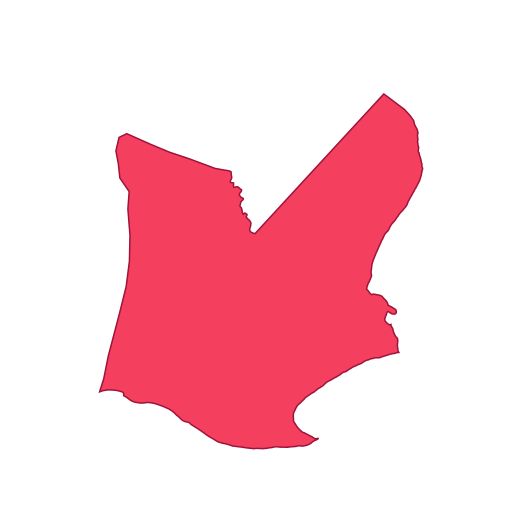 the district of Shambuko, Gash Barka, Eritrea, rotated 195°
{"feature_id": "51966322B24942230220374", "entity_name": "Shambuko", "entity_type": "district", "adm_level": 2, "iso_a3": "ERI", "parent_name": "Eritrea", "parent_adm1": "Gash Barka", "projection": "mercator", "projection_center": [37.812, 14.923], "detail": "fine", "context": "isolated", "style": "filled", "palette": "rose", "viewbox_px": 512, "rotation_deg": 195, "n_neighbors": 0, "source": "geoboundaries", "source_scale": "gbopen_adm2", "svg_char_len": 6013}
<svg xmlns="http://www.w3.org/2000/svg" viewBox="0 0 512 512"><g transform="rotate(195 256 256)"><path d="M93.0,199.8L93.3,200.2L93.9,200.7L94.4,201.3L94.8,202.6L96.1,205.6L96.4,206.5L97.1,210.8L98.0,213.0L99.2,213.9L99.8,214.0L100.4,214.5L100.7,214.9L101.6,215.9L102.4,216.8L104.1,219.1L104.8,220.8L105.4,221.6L106.6,222.5L106.8,222.9L107.4,223.5L107.9,224.4L107.9,224.8L108.8,224.4L109.2,224.1L109.9,224.2L110.4,224.3L111.9,225.0L114.5,226.6L114.7,226.8L115.1,227.7L115.2,228.6L115.4,229.0L115.2,230.1L115.3,231.3L114.9,232.8L114.9,233.3L115.0,234.2L114.9,234.6L114.8,235.5L114.5,236.2L114.3,236.5L113.7,236.5L112.8,236.3L111.5,235.7L110.0,235.4L109.6,235.3L108.4,235.5L107.3,235.7L106.5,236.1L106.0,236.9L105.9,237.3L106.1,238.7L106.6,239.8L107.0,240.2L107.8,240.6L108.8,240.9L109.5,241.1L111.9,241.9L114.0,242.2L114.9,242.5L115.6,242.5L115.7,243.0L117.8,245.7L118.5,246.2L119.7,247.0L121.1,247.8L123.8,249.6L124.3,249.8L125.7,250.1L131.1,249.8L131.7,249.7L132.7,249.6L133.4,249.3L133.7,249.0L134.0,248.6L135.4,249.0L136.0,249.3L136.7,249.9L137.2,250.1L137.9,250.9L140.7,252.7L140.6,253.8L140.8,254.5L140.8,255.0L140.6,256.7L140.8,257.4L140.5,258.1L140.5,259.0L140.1,259.8L140.0,260.5L139.5,263.6L139.4,265.4L139.2,266.8L140.6,269.7L141.0,271.8L141.1,273.4L141.3,274.6L141.7,276.6L141.8,279.4L141.7,282.0L140.7,290.3L140.4,291.9L139.5,297.9L138.9,301.3L138.7,303.1L138.5,303.9L138.2,304.8L137.4,309.7L136.8,311.4L135.1,314.4L134.6,315.9L134.3,317.9L133.6,320.8L133.2,321.9L132.3,323.8L131.6,325.0L130.8,326.8L129.7,330.2L129.0,331.5L128.6,333.3L127.2,336.2L126.4,337.5L125.6,339.2L123.9,342.9L123.5,344.2L123.3,345.7L123.1,348.2L122.5,350.1L122.4,350.9L121.3,355.1L120.8,357.3L120.2,359.3L119.7,361.9L119.3,362.9L117.5,371.1L117.4,373.3L117.3,376.9L117.5,378.8L117.6,380.4L117.5,380.9L117.6,381.6L117.6,382.9L117.7,383.6L118.0,384.2L118.4,384.8L118.8,385.3L119.3,386.7L119.6,388.0L120.0,388.6L120.5,389.1L120.7,389.7L120.9,390.3L121.3,390.8L121.5,391.5L122.1,392.6L122.7,393.3L122.8,393.7L124.0,395.4L124.3,396.0L124.7,396.7L125.3,398.0L125.8,398.3L126.2,398.8L126.5,399.4L126.8,401.8L127.0,403.1L127.4,403.7L128.6,405.8L128.7,406.4L129.0,407.2L129.5,407.5L129.5,408.2L129.7,409.1L129.6,409.8L129.7,410.4L130.1,411.0L130.7,412.9L131.0,413.5L131.2,414.1L131.4,415.5L131.6,416.2L131.3,416.4L132.1,418.3L133.2,420.0L133.9,420.8L134.1,421.0L135.5,422.5L136.9,424.1L137.5,424.9L137.5,425.3L138.8,427.6L143.4,431.4L150.2,435.8L164.5,441.6L174.5,445.6L262.7,277.4L264.9,277.4L265.4,277.4L267.0,277.8L267.7,278.1L268.5,278.9L268.8,279.5L269.0,280.3L269.1,281.2L269.0,283.4L269.2,285.5L269.4,286.2L269.8,287.1L270.2,287.6L270.8,288.1L271.8,288.9L273.2,289.5L274.2,290.3L275.3,290.6L275.5,291.0L275.5,292.1L275.3,293.1L275.5,293.8L275.8,294.1L276.7,294.4L277.6,294.6L278.2,294.5L278.4,294.1L278.7,293.3L279.0,293.0L279.4,293.1L279.8,293.5L280.7,295.2L282.1,298.0L282.7,298.7L283.1,299.1L284.0,299.6L284.5,300.1L284.6,300.6L284.5,301.5L284.6,304.0L284.4,304.6L284.2,305.3L283.2,306.8L283.1,307.2L283.0,307.5L283.0,307.9L283.2,308.3L283.7,308.5L285.1,308.7L285.9,309.0L286.5,309.4L287.5,310.3L287.8,310.5L288.0,311.2L288.0,312.2L287.4,313.5L287.0,314.6L286.9,315.5L286.9,315.9L287.3,316.4L288.3,316.6L288.8,316.8L291.1,318.0L291.6,318.1L292.0,318.0L292.7,317.8L294.9,316.7L295.3,316.9L295.6,317.2L295.9,317.9L296.1,319.1L296.3,319.6L296.4,320.0L296.5,320.7L297.0,320.8L298.3,320.6L299.3,320.4L300.0,320.8L300.2,321.6L299.7,324.6L299.7,325.5L299.9,326.0L300.9,328.1L301.9,330.9L303.7,331.3L310.2,330.7L318.2,330.0L345.4,332.6L366.7,333.9L386.6,336.6L412.5,340.7L419.0,335.1L418.5,321.2L412.9,309.6L407.7,296.1L395.2,285.4L391.9,268.2L383.0,243.1L376.9,218.0L373.5,192.9L373.0,164.9L372.8,121.6L371.3,97.8L371.9,85.1L371.9,84.3L369.3,86.1L367.5,87.0L364.7,88.2L362.6,88.8L359.2,89.6L357.3,89.9L355.2,90.1L353.2,90.2L349.7,90.0L349.0,89.8L348.6,89.4L348.3,88.8L348.0,87.9L347.5,86.7L346.5,86.6L344.2,85.9L340.0,84.2L337.6,83.7L336.0,83.5L334.5,83.5L331.7,83.8L330.2,84.0L328.1,84.4L326.1,85.1L323.8,86.1L322.6,86.5L319.0,87.1L316.8,87.3L315.1,87.3L309.9,87.0L305.4,86.5L303.0,86.1L300.5,85.7L296.8,84.5L294.4,83.4L293.1,82.6L291.7,81.8L289.8,81.0L288.1,80.1L286.0,78.9L284.1,78.1L281.5,77.7L280.7,77.7L279.2,77.9L278.4,77.9L277.3,77.7L276.7,77.4L275.4,76.6L273.3,75.9L269.8,74.8L268.3,74.4L265.1,73.3L259.1,71.1L257.2,70.3L255.3,69.7L253.7,69.2L249.8,68.2L248.0,67.6L246.1,67.1L244.9,66.7L243.2,66.6L240.9,66.5L236.7,66.7L233.6,66.7L231.3,66.6L229.9,66.4L228.4,66.5L227.3,66.8L225.5,66.9L221.3,67.6L214.9,68.3L211.3,68.9L209.4,69.1L207.9,69.4L206.2,70.2L204.5,70.6L202.6,71.0L199.2,71.8L195.7,73.1L193.3,74.3L191.5,74.9L190.3,75.5L189.4,76.0L188.0,76.7L186.4,77.1L184.1,77.5L182.4,77.8L180.0,78.5L178.1,78.9L176.6,79.3L175.8,79.5L174.3,80.2L170.4,81.6L168.6,82.2L167.8,82.5L167.2,83.0L166.9,83.2L166.0,83.6L164.3,84.0L162.5,84.3L161.4,84.6L158.9,85.8L157.9,86.4L156.8,87.2L155.3,88.5L154.1,89.9L153.3,91.2L152.1,92.4L151.7,92.9L150.2,93.9L149.7,94.5L148.9,95.4L148.2,96.0L149.1,95.8L150.2,95.2L152.0,94.8L152.5,95.0L154.1,95.5L155.2,95.9L158.8,96.6L160.1,97.0L161.3,97.1L163.4,97.7L164.5,97.7L165.5,97.9L166.5,98.3L167.6,98.9L169.3,99.7L170.9,100.8L172.9,102.3L174.4,103.8L176.4,105.5L176.9,106.2L177.5,107.9L178.7,111.6L179.0,113.4L178.9,115.5L178.3,117.8L178.2,119.0L177.4,122.0L176.8,123.2L175.1,125.7L174.3,127.2L172.5,130.0L172.0,131.3L171.4,132.3L169.0,135.1L167.2,137.3L165.0,139.4L164.0,140.7L162.8,142.4L161.4,144.2L160.3,145.2L159.8,145.8L159.1,146.7L158.7,147.0L157.8,147.9L156.2,150.7L155.1,152.4L153.5,154.0L152.7,154.6L151.3,155.9L149.6,157.7L148.5,158.8L147.1,159.9L146.3,160.9L144.9,162.2L143.4,164.0L142.2,165.7L141.1,166.6L139.6,167.4L138.2,168.8L136.7,170.7L134.9,172.5L133.7,173.9L132.5,174.7L131.0,175.9L129.3,177.5L128.0,178.3L126.4,179.6L124.1,182.2L123.0,183.3L121.7,184.2L120.3,184.9L119.0,186.1L115.9,187.6L114.6,188.5L111.9,189.2L110.6,189.6L109.6,190.2L107.9,191.5L103.5,194.2L101.6,195.5L99.5,196.7L96.9,197.8L95.1,199.0L93.0,199.8Z" fill="#f43f5e" stroke="#9f1239" stroke-width="1.5"/></g></svg>